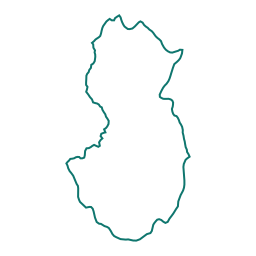 outline of Água Comprida, Minas Gerais, Brazil
{"feature_id": "56859067B41849798553988", "entity_name": "Água Comprida", "entity_type": "district", "adm_level": 2, "iso_a3": "BRA", "parent_name": "Brazil", "parent_adm1": "Minas Gerais", "projection": "equal_earth", "projection_center": [-48.089, -19.997], "detail": "fine", "context": "isolated", "style": "outline", "palette": "teal", "viewbox_px": 256, "rotation_deg": 0, "n_neighbors": 0, "source": "geoboundaries", "source_scale": "gbopen_adm2", "svg_char_len": 2746}
<svg xmlns="http://www.w3.org/2000/svg" viewBox="0 0 256 256"><path d="M189.6,156.7L188.4,154.0L187.1,152.0L186.8,149.6L185.7,147.2L185.1,144.0L184.7,141.4L184.0,138.9L183.5,135.7L182.7,132.6L182.8,130.0L182.1,126.8L180.9,124.4L179.7,122.6L178.9,120.1L177.8,117.8L176.5,116.1L174.4,115.5L173.2,113.9L172.4,111.7L171.9,109.0L172.7,106.7L173.0,104.6L173.1,102.5L172.3,100.6L170.7,99.4L168.5,98.8L165.8,98.9L163.2,98.8L161.3,97.9L159.9,96.9L159.7,94.6L161.4,90.9L163.2,87.6L164.8,85.5L166.5,83.8L168.3,81.3L169.5,78.7L170.5,75.7L171.2,73.3L171.9,71.1L172.9,67.9L174.3,64.1L176.7,62.1L178.6,60.3L180.1,58.4L180.9,56.5L182.0,53.4L182.4,49.9L179.9,49.7L178.2,50.8L176.1,51.4L173.9,52.1L172.3,52.6L170.1,52.4L167.9,51.3L165.8,49.7L164.0,47.5L162.1,44.1L161.0,41.1L159.1,39.2L157.6,38.1L155.8,36.4L154.4,34.5L153.3,32.9L151.8,31.2L149.3,29.5L147.7,27.8L145.9,26.6L144.1,25.0L142.6,22.6L140.4,21.4L138.8,22.3L137.0,24.2L134.7,26.6L132.4,28.5L129.7,29.1L127.8,29.0L126.3,27.9L124.5,26.5L123.3,24.6L122.1,22.1L121.3,19.9L120.6,17.4L119.2,15.4L116.9,16.8L115.0,18.2L114.1,20.3L111.7,20.3L109.7,18.9L108.3,19.9L106.4,21.5L104.7,23.9L103.2,26.0L102.3,28.1L101.6,30.8L101.0,33.6L100.2,36.0L98.8,37.3L97.1,38.4L95.5,39.5L94.0,41.2L92.0,42.9L93.2,44.3L93.4,47.7L95.0,50.4L94.6,52.4L95.2,54.5L95.3,56.8L95.0,59.1L94.7,61.2L93.3,63.5L91.3,64.8L90.9,67.9L89.3,69.9L88.6,72.2L87.2,73.8L86.4,75.7L86.3,78.8L86.1,82.4L86.1,84.9L87.5,86.9L86.9,89.6L86.2,91.8L88.2,94.4L89.9,97.0L92.0,99.4L93.1,102.4L95.3,103.1L97.1,103.5L98.8,104.5L100.1,106.5L101.8,107.4L102.4,109.7L103.8,112.1L105.3,114.3L106.0,116.7L107.3,118.5L108.7,120.9L108.5,124.0L107.2,126.5L105.9,128.1L104.1,129.3L105.4,132.4L103.7,132.8L101.3,133.8L100.6,136.1L102.4,138.4L100.6,140.0L99.1,142.3L99.8,145.8L98.3,146.8L96.5,146.0L94.1,144.9L92.3,145.9L90.9,147.0L88.9,148.1L86.5,148.3L85.1,151.0L84.8,155.3L84.2,157.6L82.4,158.3L80.5,158.3L79.2,157.0L77.4,156.9L75.8,157.3L74.1,158.3L72.2,158.7L70.3,158.9L69.0,160.6L67.6,161.9L66.4,163.4L67.5,165.6L68.2,168.2L69.7,171.2L71.0,172.7L73.2,175.7L76.6,183.9L77.9,185.9L78.2,188.3L78.1,196.9L79.0,199.7L80.0,201.9L86.0,207.6L89.5,206.9L91.1,207.0L92.7,208.7L93.6,211.4L95.0,217.6L96.7,222.0L99.1,223.7L101.0,223.9L104.5,226.1L107.0,226.9L108.8,228.0L110.8,231.0L112.4,234.0L114.1,236.0L116.3,237.2L120.5,239.1L125.8,239.6L128.2,239.4L133.1,240.5L136.3,240.6L139.9,239.3L146.9,234.1L150.4,233.1L151.8,231.0L153.3,224.7L154.3,223.1L155.9,221.1L157.2,219.7L159.1,219.2L161.3,220.0L163.3,221.7L165.4,222.9L167.7,221.9L169.5,218.6L171.5,216.0L173.4,213.4L176.1,209.0L177.9,206.4L178.3,201.4L180.6,195.2L183.1,190.5L184.0,187.6L184.4,184.6L184.4,180.5L183.4,167.0L183.8,164.0L185.6,159.8L187.3,158.3L189.6,156.7Z" fill="none" stroke="#0f766e" stroke-width="2"/></svg>